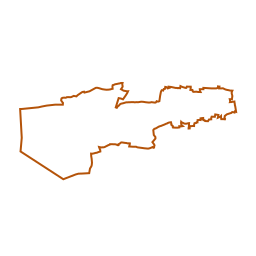 Chichimilá, Yucatán, Mexico, rotated 85°
{"feature_id": "50627088B30666786900791", "entity_name": "Chichimilá", "entity_type": "district", "adm_level": 2, "iso_a3": "MEX", "parent_name": "Mexico", "parent_adm1": "Yucatán", "projection": "equal_earth", "projection_center": [-88.19, 20.466], "detail": "fine", "context": "isolated", "style": "outline", "palette": "amber", "viewbox_px": 256, "rotation_deg": 85, "n_neighbors": 0, "source": "geoboundaries", "source_scale": "gbopen_adm2", "svg_char_len": 5655}
<svg xmlns="http://www.w3.org/2000/svg" viewBox="0 0 256 256"><g transform="rotate(85 128 128)"><path d="M173.4,196.9L172.6,194.2L169.7,184.1L169.2,181.3L169.4,177.3L169.6,170.6L165.1,169.4L162.9,167.8L161.6,167.3L160.9,167.2L159.5,166.9L159.0,166.9L155.3,166.9L154.4,167.0L153.9,167.0L152.9,167.1L150.3,167.0L150.5,165.9L150.3,164.1L150.0,162.6L149.9,161.1L149.4,159.6L149.0,157.6L147.4,157.6L146.8,157.9L146.0,158.0L145.5,158.2L145.1,158.4L144.9,158.4L144.4,158.5L144.8,157.4L144.8,157.1L144.9,156.7L145.1,155.8L145.0,154.9L145.1,154.6L145.1,153.9L145.0,153.2L144.7,152.3L144.5,151.9L144.4,151.7L144.2,151.1L143.8,150.2L143.8,149.9L143.4,149.3L143.3,148.8L142.8,147.1L142.6,147.1L142.7,145.9L143.1,142.2L143.5,141.0L144.2,139.8L144.3,139.1L144.2,138.9L143.4,139.0L142.9,137.8L142.8,137.5L141.9,136.3L141.8,135.7L141.9,135.2L142.0,134.6L142.2,133.8L142.3,133.5L142.4,132.9L142.6,132.3L142.7,131.3L143.0,130.4L143.1,130.2L143.3,129.7L143.3,128.8L143.4,128.0L143.5,127.5L144.5,127.7L145.1,127.9L145.2,128.0L145.6,128.1L146.5,128.4L147.1,124.7L147.2,123.5L147.4,121.5L148.0,120.5L148.2,119.8L149.1,115.7L149.6,113.6L150.3,109.8L150.1,108.2L149.8,107.3L149.7,106.8L149.4,106.0L149.1,105.2L149.9,104.5L149.8,103.8L149.3,103.6L148.1,103.4L147.6,103.1L147.2,103.2L146.3,103.6L146.0,103.8L144.2,104.9L140.9,101.6L139.4,101.5L137.2,102.9L132.3,103.0L131.1,101.8L130.9,100.5L130.7,100.2L130.3,99.2L129.7,98.0L129.2,96.9L129.2,96.5L129.0,96.1L128.8,95.0L128.8,94.8L128.6,94.3L128.4,93.6L128.1,92.7L128.0,92.1L127.8,91.7L127.6,91.1L127.5,90.7L127.1,89.7L126.9,88.8L126.8,88.4L126.5,88.0L126.3,87.2L126.1,86.6L126.1,86.1L126.0,84.7L127.8,84.4L128.0,84.5L128.5,84.6L129.2,84.0L129.6,83.5L129.9,83.4L130.0,83.2L130.3,83.1L130.6,83.2L131.0,83.3L131.2,83.1L131.5,83.0L131.5,82.9L131.5,82.5L131.6,81.9L131.7,81.4L131.8,80.8L131.8,80.6L131.8,80.3L131.9,79.4L132.0,78.6L131.9,76.8L130.7,76.7L130.8,76.4L130.8,76.1L130.9,75.6L131.0,74.8L130.9,73.3L130.4,73.8L129.3,74.6L128.5,74.6L128.0,74.7L127.9,74.7L127.3,74.5L127.0,74.5L126.9,74.6L126.5,74.5L126.9,74.2L127.5,73.2L127.7,72.8L127.8,72.6L128.3,71.9L128.4,71.7L128.5,71.4L128.6,71.1L128.8,69.9L128.7,68.6L128.6,68.0L128.5,67.7L128.5,66.8L128.9,66.9L129.1,66.9L129.6,66.9L130.4,67.0L130.6,67.1L130.9,67.1L131.5,67.1L132.1,67.3L132.4,67.3L133.0,67.6L133.3,67.6L133.6,67.7L133.8,67.7L133.8,66.6L133.2,66.6L132.0,66.3L131.8,66.2L131.5,66.2L131.5,65.8L131.7,65.2L131.6,63.6L131.8,62.0L130.3,61.8L129.0,61.3L128.9,59.5L128.3,59.2L128.4,58.3L126.2,58.0L126.2,56.1L126.4,55.0L124.7,54.9L124.6,53.7L124.6,52.5L125.5,52.9L125.6,52.3L126.4,52.4L126.8,52.2L126.9,51.1L127.4,50.5L127.8,50.5L128.2,47.7L126.6,46.6L126.6,44.3L125.2,44.2L124.0,43.7L124.4,40.5L122.1,39.9L122.9,36.8L124.7,37.3L125.6,37.6L124.7,34.9L124.2,34.3L125.9,34.4L127.3,34.3L127.5,32.1L127.8,30.7L127.4,30.5L126.2,30.9L125.9,31.0L125.6,30.9L125.1,30.6L124.4,30.5L123.0,28.3L122.6,26.6L122.3,25.3L122.0,23.8L121.2,22.8L121.5,21.5L121.7,21.0L121.9,20.5L120.8,20.1L121.3,18.9L115.5,19.3L115.1,19.5L114.5,19.5L114.1,19.5L112.3,19.6L111.8,19.7L111.5,19.7L110.9,19.7L111.0,20.7L111.0,21.9L111.2,22.7L111.1,23.6L111.1,24.1L110.9,24.0L110.2,24.0L109.8,24.0L108.7,24.0L108.2,24.1L108.4,22.0L108.1,22.0L107.0,21.6L106.1,21.5L105.6,21.3L104.6,21.3L103.7,21.5L103.1,21.6L102.0,21.7L100.4,21.1L99.9,20.8L99.8,21.4L99.7,22.1L99.7,22.7L99.1,24.5L98.8,25.4L98.8,25.7L98.1,27.6L96.7,30.0L96.7,31.4L96.5,33.7L94.7,33.3L94.6,34.0L94.4,34.7L95.8,35.0L96.1,35.9L96.2,36.4L96.2,36.9L96.0,39.3L95.8,41.5L95.6,42.9L94.6,49.4L95.9,49.5L95.6,53.1L97.3,53.1L98.5,52.6L98.2,55.2L97.8,56.6L97.7,59.6L97.5,60.0L97.2,60.3L96.5,60.3L95.7,60.5L95.5,62.5L92.9,61.9L92.3,61.9L91.9,65.8L93.1,66.4L93.1,66.9L93.0,67.4L91.8,70.4L90.8,72.1L92.9,72.6L92.5,74.5L92.7,74.8L92.3,76.0L92.2,77.2L90.9,81.4L90.5,83.3L91.5,82.9L91.9,84.5L92.0,85.1L91.6,85.4L90.9,85.3L90.3,87.3L92.2,87.8L92.3,89.0L93.7,89.7L93.4,90.3L93.3,91.1L94.2,91.7L95.0,92.1L98.8,93.2L104.0,94.4L104.3,95.3L104.3,96.1L103.8,97.1L104.9,98.0L105.1,98.8L104.3,102.4L104.5,103.5L104.5,104.9L103.9,108.0L103.2,110.8L103.0,112.4L103.0,113.3L103.1,114.2L103.1,114.5L103.2,115.4L103.1,116.5L103.0,117.1L103.0,117.6L103.0,118.0L103.0,118.4L103.0,119.0L102.9,119.6L102.8,119.8L102.7,120.2L102.5,123.1L102.5,124.1L102.4,124.7L102.4,125.2L102.4,125.9L102.3,127.6L102.6,129.3L102.8,130.0L102.9,130.7L103.0,131.3L103.0,131.6L103.1,132.1L103.2,132.9L103.6,133.8L103.8,134.1L104.1,134.4L104.3,134.5L104.6,134.9L105.0,135.3L105.4,136.0L105.8,136.5L106.1,136.8L106.9,137.4L106.4,138.4L97.4,134.7L98.0,132.6L99.0,130.5L95.3,127.4L94.4,126.7L92.9,125.6L91.4,124.8L91.4,125.6L91.2,126.3L90.4,129.2L88.7,131.6L88.2,131.2L87.6,130.6L87.0,130.2L86.8,130.0L86.3,129.8L86.0,129.7L85.0,129.8L84.4,129.9L83.3,129.8L82.7,129.5L82.6,129.9L82.6,130.4L82.6,131.0L82.6,131.3L82.6,131.6L82.8,132.1L82.9,132.6L82.9,132.9L82.9,133.5L83.0,133.9L83.1,134.8L83.2,135.6L83.3,136.9L83.4,137.3L83.5,137.6L83.9,138.7L84.0,139.5L84.5,139.7L85.6,139.9L87.6,139.9L87.8,141.4L88.0,142.2L88.1,144.2L88.0,146.2L87.7,147.7L87.1,150.2L85.8,153.4L85.4,154.6L85.3,155.0L85.2,155.8L85.2,156.6L88.1,163.2L88.9,168.3L88.0,168.6L88.1,169.3L88.1,170.0L88.2,170.4L88.5,171.0L90.9,175.3L91.2,175.7L92.0,176.6L91.3,179.3L91.5,179.8L91.7,180.4L91.9,180.9L92.2,181.7L92.3,182.5L92.1,184.4L92.0,184.9L92.0,186.4L92.2,186.7L92.4,187.3L92.4,187.9L92.2,188.7L92.2,189.4L92.2,190.0L92.2,190.3L92.6,191.5L92.8,191.7L93.4,191.8L93.8,192.0L94.2,192.1L94.6,192.2L95.1,192.0L95.8,191.6L96.1,191.4L96.8,191.0L97.3,190.6L98.0,190.7L99.1,190.9L98.5,197.1L98.4,198.3L98.6,207.1L99.1,212.0L99.6,215.5L99.8,231.9L99.7,233.8L128.5,234.7L142.0,237.1L173.4,196.9Z" fill="none" stroke="#b45309" stroke-width="2"/></g></svg>